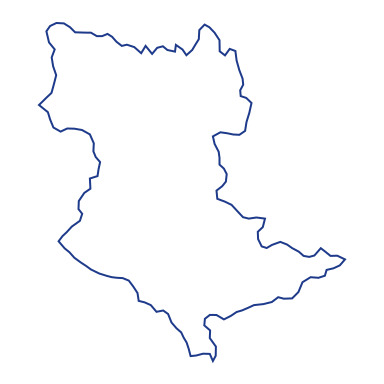 the district of Marilac, Minas Gerais, Brazil
{"feature_id": "56859067B78611277191853", "entity_name": "Marilac", "entity_type": "district", "adm_level": 2, "iso_a3": "BRA", "parent_name": "Brazil", "parent_adm1": "Minas Gerais", "projection": "robinson", "projection_center": [-42.067, -18.5], "detail": "fine", "context": "isolated", "style": "outline", "palette": "blue", "viewbox_px": 384, "rotation_deg": 0, "n_neighbors": 0, "source": "geoboundaries", "source_scale": "gbopen_adm2", "svg_char_len": 2220}
<svg xmlns="http://www.w3.org/2000/svg" viewBox="0 0 384 384"><path d="M212.9,361.0L215.7,355.8L215.9,346.6L209.8,338.1L210.1,330.4L204.3,325.4L204.9,318.8L209.9,314.9L216.5,315.0L223.9,319.4L231.0,315.8L236.6,312.0L242.1,310.4L247.9,307.9L254.0,305.1L263.4,304.1L271.9,302.0L278.2,297.2L283.8,298.7L292.1,298.4L298.4,292.1L302.5,282.2L310.6,277.2L318.5,277.8L324.9,275.7L326.6,269.9L333.5,268.3L339.8,265.4L345.0,259.4L337.3,255.7L330.5,255.9L325.2,251.6L320.8,248.2L314.4,255.5L309.2,256.9L303.6,255.9L298.7,251.6L292.3,248.2L287.0,244.5L280.3,241.9L272.0,244.9L266.7,248.0L261.7,246.4L258.1,239.1L257.8,231.8L262.8,227.1L265.0,218.6L256.4,217.5L248.8,218.6L243.0,217.2L237.5,211.3L231.6,204.9L224.8,201.6L217.3,198.8L216.5,190.6L222.2,186.2L225.9,181.6L226.7,174.1L223.9,168.6L219.5,164.6L219.5,157.9L218.7,151.8L214.6,143.9L212.9,136.4L220.4,132.3L226.9,133.2L233.3,134.5L239.4,134.8L245.1,130.9L246.5,122.0L249.3,112.9L251.5,103.0L246.2,97.9L240.7,96.1L240.2,90.3L243.2,84.7L242.6,78.7L239.3,70.1L236.6,60.5L235.4,51.0L229.7,48.9L225.0,55.4L219.7,51.3L219.5,40.2L214.5,32.6L209.3,27.2L204.6,24.6L199.3,30.1L198.8,39.2L195.6,44.3L192.2,50.0L186.4,55.2L182.5,49.5L175.9,44.9L175.0,51.6L167.4,50.0L162.9,46.3L157.2,47.8L152.1,53.9L145.6,45.9L141.2,53.2L134.3,47.1L126.9,44.7L121.8,45.9L116.5,41.8L112.1,36.8L107.5,33.9L102.2,36.1L96.8,36.1L91.0,32.7L84.0,32.6L75.1,32.3L70.0,27.2L63.9,23.4L56.4,23.0L50.1,26.0L46.4,31.3L49.0,42.4L54.7,49.4L51.7,57.4L53.1,66.2L56.2,75.2L53.8,84.6L51.5,92.9L46.2,97.9L39.0,105.0L43.2,108.4L47.9,112.2L50.1,119.4L53.4,127.5L60.6,131.6L67.2,128.5L74.4,128.7L82.0,130.0L89.9,134.4L93.8,143.3L93.4,151.3L95.7,157.0L100.1,162.1L98.6,169.0L97.5,176.1L89.9,178.5L90.4,188.7L84.3,192.9L78.8,201.0L78.5,209.1L82.2,213.8L79.9,220.8L71.9,226.5L66.5,232.4L62.6,236.0L58.6,241.3L64.7,248.4L69.4,252.2L74.4,257.8L81.0,262.6L85.9,265.8L91.0,269.5L99.2,273.5L106.9,275.9L111.9,277.2L117.1,277.8L122.7,278.1L128.8,280.6L133.1,286.3L137.5,293.0L138.7,300.9L144.5,302.3L150.8,305.1L156.5,311.8L163.2,310.5L168.1,314.0L171.5,322.5L176.5,328.3L181.2,332.4L183.6,337.5L186.6,342.5L188.6,348.5L190.6,356.1L196.3,355.5L203.0,353.7L209.8,353.9L212.9,361.0Z" fill="none" stroke="#1e3a8a" stroke-width="2"/></svg>